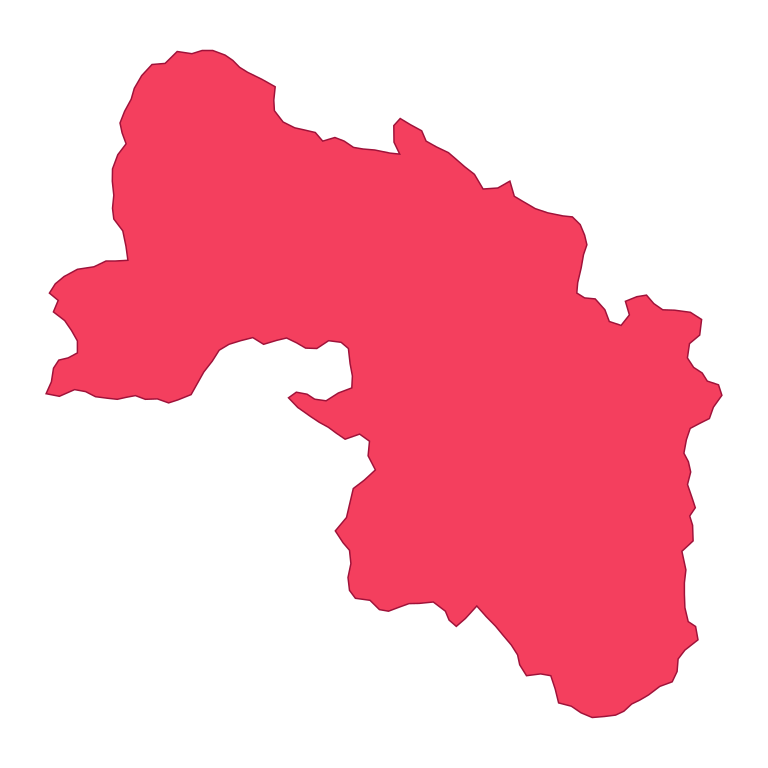 the district of Conceição do Pará, Minas Gerais, Brazil
{"feature_id": "56859067B72885282662281", "entity_name": "Conceição do Pará", "entity_type": "district", "adm_level": 2, "iso_a3": "BRA", "parent_name": "Brazil", "parent_adm1": "Minas Gerais", "projection": "orthographic", "projection_center": [-44.879, -19.79], "detail": "fine", "context": "isolated", "style": "filled", "palette": "rose", "viewbox_px": 768, "rotation_deg": 0, "n_neighbors": 0, "source": "geoboundaries", "source_scale": "gbopen_adm2", "svg_char_len": 2833}
<svg xmlns="http://www.w3.org/2000/svg" viewBox="0 0 768 768"><path d="M522.7,201.3L514.3,196.3L509.9,181.1L497.8,188.0L483.1,189.0L474.4,174.3L464.5,166.6L457.3,160.3L448.5,152.7L436.2,146.8L426.1,141.1L421.7,130.8L410.3,124.6L400.2,118.5L393.8,125.6L394.0,142.2L399.7,154.1L390.0,153.1L374.8,150.0L363.0,149.0L353.5,147.4L344.2,141.1L334.9,137.5L322.7,141.1L315.3,132.5L303.7,129.8L294.7,127.8L283.1,122.0L274.4,110.7L273.8,100.2L275.2,86.8L261.7,79.2L247.6,72.3L239.6,67.3L232.8,60.4L225.1,55.1L212.8,50.5L202.1,50.5L191.9,53.7L177.2,51.5L165.1,63.4L152.0,64.5L141.7,75.6L134.3,88.3L131.2,99.2L124.6,111.3L120.0,123.0L122.1,132.9L126.1,143.8L117.8,154.7L112.5,168.9L112.3,181.2L113.8,195.3L112.5,208.3L113.8,219.0L122.8,230.9L126.0,246.4L127.9,260.3L115.4,261.0L106.0,261.0L93.9,266.8L77.4,269.3L64.1,276.5L55.3,283.8L49.4,293.1L58.2,300.4L53.4,311.9L64.7,320.6L71.5,330.5L77.4,340.9L77.4,352.9L68.1,357.9L58.8,360.1L53.5,368.2L51.4,381.8L46.1,393.7L59.4,396.3L74.6,389.6L85.6,391.6L95.5,396.7L108.0,398.3L117.3,399.3L126.3,397.3L135.4,395.6L145.3,399.3L157.4,398.9L168.6,402.9L177.9,399.9L191.1,394.6L196.9,384.3L203.8,372.0L212.3,361.1L219.2,350.2L229.0,344.3L240.6,340.7L252.8,337.6L263.6,344.3L276.9,340.3L286.6,338.0L296.7,342.9L305.6,348.1L316.8,348.5L328.6,340.7L341.1,342.3L348.4,348.5L350.1,363.7L352.4,376.0L351.8,387.9L338.3,393.0L326.1,400.8L314.7,399.2L307.1,394.2L296.3,392.2L288.5,397.8L297.8,407.5L310.4,416.4L319.1,422.2L328.4,427.3L336.2,433.1L345.1,439.2L359.6,434.1L369.5,441.2L368.1,455.8L375.4,469.9L364.2,480.2L353.3,488.5L349.9,503.0L346.5,517.5L335.3,530.9L343.1,542.8L349.5,550.3L350.9,563.6L348.0,577.5L349.5,590.4L355.4,598.3L370.0,600.3L379.4,609.6L388.5,611.2L399.1,607.2L409.0,603.6L419.2,603.4L433.3,602.0L445.4,611.2L449.1,620.1L456.3,626.4L465.4,618.5L476.8,606.0L486.1,616.5L495.6,626.2L502.6,634.7L511.3,645.0L517.6,654.9L519.7,664.8L526.5,675.7L540.6,673.9L550.8,675.7L555.2,689.0L558.6,702.9L571.3,706.2L581.0,712.8L592.2,717.5L604.4,716.5L615.6,715.1L623.9,711.2L631.7,704.0L640.1,699.9L648.6,694.9L659.8,686.4L672.2,681.8L677.1,671.5L678.1,659.0L684.9,650.1L698.0,639.8L695.6,626.5L688.2,621.6L684.9,607.7L684.4,594.4L684.4,582.8L685.9,569.9L681.9,551.3L693.1,540.9L692.6,525.3L689.7,516.0L695.3,507.7L692.2,498.2L687.5,484.5L690.7,472.0L688.4,461.7L683.9,453.2L686.4,439.7L690.2,428.4L699.1,423.7L709.4,418.5L713.4,407.2L721.9,395.3L718.5,384.8L707.3,381.1L702.2,373.0L693.6,367.4L687.4,357.9L689.5,343.6L699.7,335.1L701.6,319.5L690.4,312.3L674.7,310.2L662.7,309.8L653.8,303.6L646.5,295.1L636.8,296.7L625.4,301.3L629.4,314.9L621.1,325.4L609.3,321.5L604.9,309.8L595.2,298.9L584.6,297.9L576.8,293.0L577.7,282.7L581.2,267.8L583.5,254.7L586.9,244.8L584.6,235.1L580.2,224.6L572.4,216.9L562.8,215.9L547.6,212.8L535.2,208.6L522.7,201.3Z" fill="#f43f5e" stroke="#9f1239" stroke-width="1.5"/></svg>